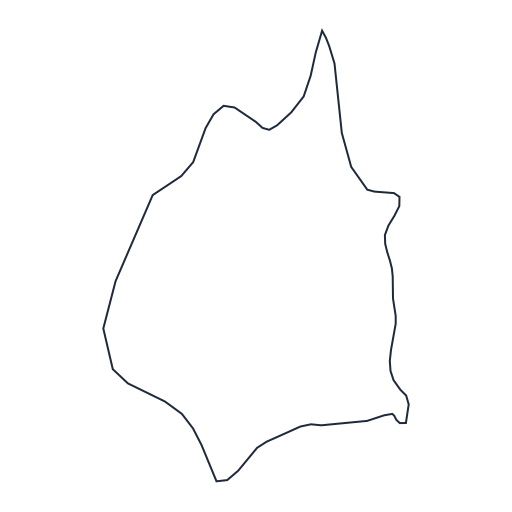 outline of Tarlac
{"feature_id": "PHL-2556", "entity_name": "Tarlac", "entity_type": "Province", "adm_level": 1, "iso_a3": "PHL", "parent_name": "Philippines", "parent_adm1": "", "projection": "equal_earth", "projection_center": [120.579, 15.519], "detail": "fine", "context": "isolated", "style": "outline", "palette": "slate", "viewbox_px": 512, "rotation_deg": 0, "n_neighbors": 0, "source": "natural_earth", "source_scale": "10m", "svg_char_len": 936}
<svg xmlns="http://www.w3.org/2000/svg" viewBox="0 0 512 512"><path d="M399.8,423.1L396.3,419.8L394.3,415.8L392.3,413.9L384.2,415.3L367.1,420.9L321.3,425.3L311.0,424.3L300.5,426.5L266.6,441.7L257.1,447.8L238.1,470.8L227.2,480.1L216.5,481.3L201.6,445.2L193.0,428.4L181.9,413.9L164.9,401.5L127.9,383.4L112.8,369.2L103.3,328.5L115.6,281.1L152.7,195.1L181.3,176.0L193.2,162.1L205.6,128.1L213.6,114.2L223.6,105.8L234.6,107.5L256.0,122.0L262.5,127.9L269.2,129.8L277.1,125.3L291.2,112.4L303.7,96.4L310.7,75.6L315.7,52.7L322.1,30.7L326.0,37.9L329.2,46.1L334.5,63.5L341.8,132.9L351.2,166.9L367.3,189.7L374.5,191.6L394.0,193.1L399.5,196.9L399.3,206.1L394.4,215.8L388.4,225.6L384.9,235.1L385.2,243.9L387.3,252.4L389.9,260.5L391.9,268.5L392.7,276.4L393.0,298.5L395.7,315.9L395.7,323.8L391.0,349.9L389.8,360.9L390.5,370.9L393.6,380.3L400.5,389.9L406.2,395.6L408.7,404.4L405.9,423.0L399.8,423.1Z" fill="none" stroke="#1e293b" stroke-width="2"/></svg>